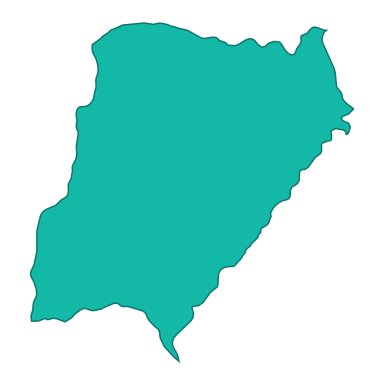 the Province of Corrientes
{"feature_id": "ARG-1308", "entity_name": "Corrientes", "entity_type": "Province", "adm_level": 1, "iso_a3": "ARG", "parent_name": "Argentina", "parent_adm1": "", "projection": "natural_earth1", "projection_center": [-57.567, -29.002], "detail": "fine", "context": "isolated", "style": "filled", "palette": "teal", "viewbox_px": 384, "rotation_deg": 0, "n_neighbors": 0, "source": "natural_earth", "source_scale": "10m", "svg_char_len": 4371}
<svg xmlns="http://www.w3.org/2000/svg" viewBox="0 0 384 384"><path d="M144.2,23.0L153.0,24.3L154.2,24.2L159.0,23.2L161.6,23.3L163.0,23.6L167.8,24.7L170.3,25.9L171.4,26.1L175.0,27.0L178.4,28.2L186.6,30.1L187.5,30.4L200.6,37.6L201.8,38.1L202.3,38.2L204.4,38.5L212.5,37.2L214.6,37.2L214.9,37.3L216.6,37.8L217.3,38.3L218.6,39.7L219.2,40.3L220.0,40.8L220.8,41.0L224.4,42.1L224.5,42.1L225.3,42.6L227.4,44.5L228.2,45.0L229.0,45.3L230.9,45.4L231.6,45.5L234.7,45.7L237.4,45.0L245.3,40.3L248.2,39.0L251.1,38.7L254.0,39.9L258.9,45.3L261.8,47.2L264.8,46.6L268.9,43.1L272.5,42.0L274.5,41.4L279.8,42.2L283.0,46.6L284.5,49.2L286.6,51.8L289.0,53.9L291.5,54.9L291.5,55.0L294.1,54.4L295.6,52.0L296.7,49.0L298.2,46.6L299.8,44.7L300.7,42.8L301.1,40.6L300.8,38.0L301.2,35.9L303.1,34.8L305.4,34.1L307.2,33.2L310.1,29.6L311.6,28.3L313.7,27.1L315.7,27.3L317.7,27.7L323.1,29.9L324.9,30.3L326.4,30.3L324.2,32.2L323.8,32.7L323.6,33.0L322.5,36.3L322.2,37.4L322.1,38.6L322.1,40.9L322.2,41.9L333.7,67.5L334.8,71.1L335.4,74.2L336.0,81.3L336.4,85.9L336.8,87.1L337.6,88.3L340.0,91.1L340.9,92.3L341.6,93.8L342.0,94.9L342.0,95.0L342.1,96.8L342.3,97.8L342.8,98.8L343.4,99.9L344.4,101.4L346.9,103.8L353.3,108.6L353.5,108.9L353.4,109.1L352.7,109.9L352.0,110.5L348.6,114.0L343.5,115.9L341.5,117.4L342.0,119.9L342.9,120.7L346.1,122.3L347.2,122.6L348.3,123.1L349.1,124.2L350.2,126.6L349.1,131.2L348.5,132.5L347.7,133.7L346.8,134.4L346.1,134.1L345.8,132.2L344.5,130.4L341.6,129.6L338.3,129.2L335.9,128.5L332.3,130.1L330.8,131.6L331.2,133.5L331.5,134.4L331.5,138.9L331.4,139.6L331.1,140.0L330.4,140.5L329.7,140.8L327.1,141.1L324.9,142.3L322.3,143.0L321.5,144.4L321.4,146.1L321.6,147.9L321.5,151.7L319.9,153.9L315.0,157.7L308.4,167.0L305.7,169.0L301.9,169.7L300.3,170.5L299.6,172.0L299.1,180.3L297.3,183.7L291.8,187.2L290.3,190.9L290.2,194.9L289.9,196.8L288.9,198.6L287.6,199.4L282.1,200.9L279.3,202.4L276.4,204.6L273.8,207.4L271.7,210.8L271.1,212.0L270.7,213.4L270.6,214.8L271.1,216.1L270.3,218.0L269.0,222.1L268.1,223.7L266.7,225.1L265.7,225.8L262.9,227.4L262.1,227.9L261.6,228.5L261.1,229.2L260.7,230.1L260.6,231.0L260.6,232.1L260.5,233.0L259.2,233.8L258.6,234.8L258.1,236.0L258.0,237.0L257.6,237.8L251.4,243.7L250.8,245.0L250.2,245.9L247.1,248.6L245.9,250.0L244.8,253.3L242.5,255.9L242.1,257.0L241.5,258.0L235.7,264.6L234.2,266.0L232.6,266.5L229.1,266.6L225.7,267.1L222.3,268.5L220.0,270.7L218.6,273.9L217.8,285.3L217.3,286.8L210.4,292.4L202.9,302.6L199.5,305.1L197.9,305.7L194.5,306.3L192.7,306.4L192.1,307.3L192.4,309.4L193.5,313.6L193.0,317.4L191.2,320.5L175.6,335.6L173.4,338.5L172.4,341.9L172.7,345.7L174.5,349.5L175.7,351.3L177.5,355.4L178.1,357.5L178.9,361.0L178.8,360.9L178.2,360.7L174.0,357.1L164.7,347.0L163.9,345.8L160.7,339.1L160.1,336.9L159.6,332.5L159.3,331.3L158.3,329.3L154.6,326.3L150.0,321.6L148.3,319.2L147.1,316.8L146.3,314.8L146.1,314.1L145.4,313.1L142.9,310.9L127.5,306.4L123.8,306.6L122.1,306.3L121.1,305.9L120.7,305.7L118.9,304.2L118.0,303.7L117.0,303.4L115.8,303.3L113.6,303.4L103.5,307.7L102.1,308.6L100.6,309.1L94.0,310.6L93.2,310.6L90.8,310.3L86.3,308.7L83.8,308.4L82.5,308.9L80.6,309.9L76.3,312.9L73.2,315.8L72.6,316.8L71.0,318.2L65.0,321.9L57.4,318.9L53.3,318.2L48.0,319.6L47.3,319.5L45.3,318.7L44.9,318.6L44.6,318.5L44.1,318.7L39.1,320.8L38.1,321.0L31.6,321.2L31.0,317.1L31.2,315.3L32.7,310.4L32.9,308.6L33.1,305.0L33.4,303.2L33.9,301.5L36.2,296.8L36.6,295.1L36.7,293.4L36.4,289.8L33.9,281.8L31.1,276.8L30.5,273.8L31.1,271.1L33.6,265.8L34.1,264.5L36.9,251.3L36.9,231.6L37.4,228.4L40.2,216.9L41.3,214.1L43.0,211.9L45.1,210.1L47.5,208.8L55.2,205.7L57.5,203.8L59.6,201.5L61.9,199.5L65.6,197.4L66.7,196.5L68.0,193.9L68.4,190.7L68.2,184.2L68.5,184.1L69.2,182.3L70.9,179.0L71.5,177.2L71.7,174.8L72.4,171.4L72.5,170.5L72.4,169.7L72.3,168.9L72.2,167.2L72.7,165.5L75.7,159.3L76.3,157.5L76.7,155.7L76.8,153.8L76.3,146.4L78.2,133.8L78.1,132.2L76.5,128.0L76.2,126.1L76.9,120.7L76.8,118.9L76.2,115.4L76.2,113.6L76.5,111.9L76.9,110.2L77.7,108.7L78.7,107.5L80.1,106.8L81.7,106.6L84.9,106.6L87.4,105.8L89.8,104.1L91.8,101.8L93.3,99.2L94.2,94.9L96.1,86.9L96.1,85.0L95.8,81.4L95.9,79.6L96.3,77.8L97.9,72.9L98.1,71.1L98.1,67.6L97.5,64.0L96.6,60.5L95.3,57.3L93.0,53.0L92.5,51.5L92.2,49.8L92.2,48.0L92.3,44.5L92.9,44.2L101.2,38.1L101.8,37.4L102.0,36.8L108.0,32.8L110.8,30.2L111.8,29.7L114.0,29.0L114.9,28.8L115.2,28.5L122.4,25.1L144.2,23.0Z" fill="#14b8a6" stroke="#0f766e" stroke-width="1.5"/></svg>